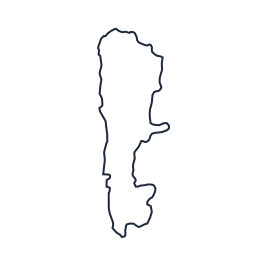 the Province of Beqaa, rotated 327°
{"feature_id": "LBN-3022", "entity_name": "Beqaa", "entity_type": "Province", "adm_level": 1, "iso_a3": "LBN", "parent_name": "Lebanon", "parent_adm1": "", "projection": "natural_earth1", "projection_center": [36.105, 33.959], "detail": "fine", "context": "isolated", "style": "outline", "palette": "slate", "viewbox_px": 256, "rotation_deg": 327, "n_neighbors": 0, "source": "natural_earth", "source_scale": "10m", "svg_char_len": 2515}
<svg xmlns="http://www.w3.org/2000/svg" viewBox="0 0 256 256"><g transform="rotate(327 128 128)"><path d="M95.6,216.5L92.2,218.6L89.8,217.9L83.6,217.1L83.1,216.7L82.5,216.0L81.2,213.0L80.8,211.8L80.0,210.8L77.3,209.1L74.6,208.2L73.9,208.5L73.0,209.1L71.1,211.1L69.6,212.9L68.5,214.8L67.2,216.6L66.1,217.0L63.5,216.1L63.1,212.5L62.4,211.6L61.8,210.1L61.5,209.5L61.0,207.3L60.6,203.3L61.8,202.3L62.4,201.7L63.4,200.2L63.8,199.4L64.1,198.4L66.0,190.3L67.6,186.0L68.5,184.3L76.4,172.1L77.7,171.3L78.2,170.9L78.9,169.9L80.0,168.7L80.2,168.2L80.1,167.8L78.0,165.6L81.8,160.0L82.8,160.0L84.3,160.2L84.7,160.2L85.1,160.2L85.5,160.0L85.9,159.7L86.2,159.4L87.1,157.9L86.5,156.6L82.0,153.3L90.9,142.5L93.2,138.4L93.8,137.0L93.9,136.6L95.4,134.7L101.5,129.0L103.1,128.3L106.9,122.3L113.0,109.8L113.5,99.7L113.7,98.5L114.8,95.7L117.9,95.4L118.3,95.3L118.7,95.1L119.2,94.6L122.0,89.6L122.4,88.2L122.9,83.8L128.0,77.3L132.1,72.9L133.6,67.4L133.9,66.9L134.4,66.2L135.6,64.9L138.3,62.7L139.4,61.5L140.1,60.7L143.8,52.9L144.0,52.5L143.4,50.4L146.0,47.0L146.2,46.6L146.3,46.2L146.3,45.5L146.4,45.2L146.4,44.9L146.6,44.6L147.1,43.9L153.2,39.1L153.5,38.8L155.2,38.1L158.0,37.7L158.5,38.4L158.8,38.6L159.2,38.6L159.6,38.6L160.0,38.4L162.6,37.6L166.6,37.4L170.3,37.7L172.1,38.4L173.0,41.2L174.4,43.4L176.2,45.0L178.5,46.0L180.5,48.5L181.4,49.1L182.4,48.8L184.6,50.4L185.3,51.8L185.2,53.7L184.8,56.4L184.4,57.6L183.9,58.4L183.5,59.3L183.4,60.6L183.7,62.0L184.4,63.3L187.3,67.5L188.8,69.1L189.8,69.5L190.8,69.5L191.6,69.7L192.3,71.0L192.1,73.1L190.8,75.0L189.7,77.2L190.4,80.3L191.3,82.7L194.6,86.0L195.3,87.7L195.4,87.8L191.5,92.2L188.4,97.6L182.3,102.9L179.7,106.3L178.9,108.7L178.6,110.7L177.9,112.2L175.7,113.4L173.8,113.5L170.9,112.3L169.3,112.2L166.5,113.7L161.9,119.6L156.5,124.5L154.4,127.2L152.5,130.2L149.6,136.2L149.9,136.8L150.7,138.4L151.6,139.4L155.6,142.6L160.9,143.6L163.3,145.1L163.6,148.5L161.9,150.7L159.3,151.1L154.2,149.9L147.2,146.4L144.8,145.9L142.7,146.7L140.8,148.3L138.7,149.6L135.8,149.7L134.7,149.0L133.0,146.7L132.1,146.2L127.2,149.3L124.8,150.3L122.3,151.0L120.1,151.9L118.8,153.8L117.0,157.3L112.5,161.3L110.6,164.1L109.8,166.1L107.3,168.4L106.3,169.9L106.1,171.3L106.4,174.3L106.1,175.9L105.4,176.6L103.7,177.3L103.1,177.9L102.6,181.4L104.4,182.6L107.4,183.2L110.6,185.0L112.5,185.6L115.0,186.8L117.3,188.6L118.5,190.5L118.1,193.6L116.0,196.1L113.2,198.0L110.6,199.3L107.4,199.2L104.2,200.3L102.6,202.5L104.5,205.9L102.3,211.3L98.1,214.9L95.6,216.5Z" fill="none" stroke="#1e293b" stroke-width="2"/></g></svg>